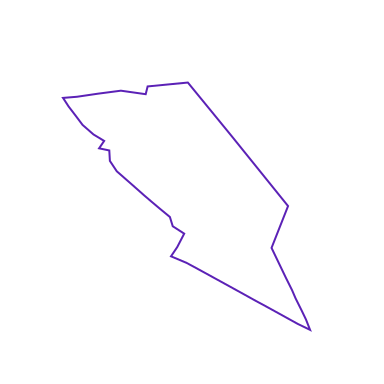 outline of Satuba, Alagoas, Brazil, rotated 104°
{"feature_id": "56859067B47220314031671", "entity_name": "Satuba", "entity_type": "district", "adm_level": 2, "iso_a3": "BRA", "parent_name": "Brazil", "parent_adm1": "Alagoas", "projection": "equal_earth", "projection_center": [-35.836, -9.579], "detail": "fine", "context": "isolated", "style": "outline", "palette": "violet", "viewbox_px": 384, "rotation_deg": 104, "n_neighbors": 0, "source": "geoboundaries", "source_scale": "gbopen_adm2", "svg_char_len": 659}
<svg xmlns="http://www.w3.org/2000/svg" viewBox="0 0 384 384"><g transform="rotate(104 192 192)"><path d="M297.2,44.1L288.1,50.6L280.4,57.0L270.1,65.8L263.0,71.2L252.7,80.0L227.0,101.3L182.4,95.4L127.9,167.4L86.8,222.5L100.3,260.6L108.3,260.6L110.9,285.5L119.3,306.9L127.4,326.6L131.9,339.9L138.9,332.4L146.4,323.0L153.4,314.4L160.0,301.5L163.7,289.6L172.1,292.7L171.7,282.3L181.7,279.2L190.1,270.0L195.9,258.7L202.1,246.7L206.8,237.7L211.2,228.9L216.0,219.1L221.6,207.4L229.9,202.4L234.3,189.5L249.0,193.0L259.5,196.8L262.1,180.1L266.5,163.0L276.8,124.0L282.2,103.8L285.9,89.4L294.4,57.5L297.2,44.1Z" fill="none" stroke="#5b21b6" stroke-width="2"/></g></svg>